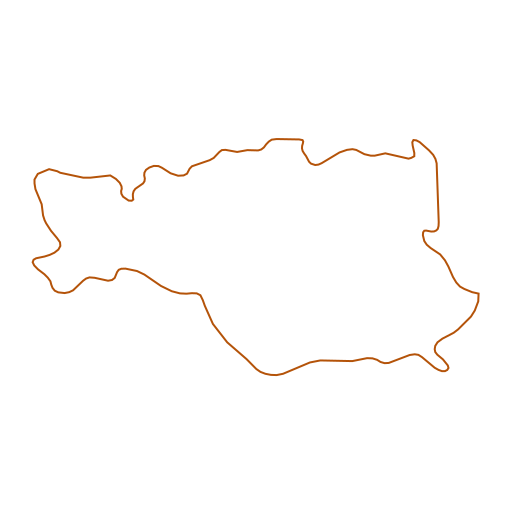 map outline of Neamt (Robinson projection), rotated 181°
{"feature_id": "ROU-309", "entity_name": "Neamt", "entity_type": "County", "adm_level": 1, "iso_a3": "ROU", "parent_name": "Romania", "parent_adm1": "", "projection": "robinson", "projection_center": [26.462, 46.963], "detail": "fine", "context": "isolated", "style": "outline", "palette": "amber", "viewbox_px": 512, "rotation_deg": 181, "n_neighbors": 0, "source": "natural_earth", "source_scale": "10m", "svg_char_len": 2537}
<svg xmlns="http://www.w3.org/2000/svg" viewBox="0 0 512 512"><g transform="rotate(181 256 256)"><path d="M86.4,284.4L88.2,284.2L89.3,282.6L89.5,279.7L88.0,273.9L85.5,270.3L81.5,267.0L71.9,260.8L67.0,255.0L63.5,248.9L58.7,238.5L55.3,233.0L51.5,229.0L47.2,226.7L39.2,223.6L32.8,222.3L33.0,214.5L36.3,205.3L40.0,199.2L52.7,186.1L57.0,182.7L68.2,176.6L73.0,172.9L75.2,169.3L75.7,166.0L75.1,163.1L73.0,160.5L67.3,155.9L62.3,149.9L61.6,147.4L62.8,145.4L65.0,144.2L68.0,144.1L71.5,145.3L75.4,147.4L88.3,157.8L91.9,160.0L95.6,160.5L100.6,159.7L121.4,151.4L125.6,151.1L129.6,152.2L133.1,154.3L137.8,155.7L143.2,155.8L157.9,152.6L189.9,152.7L200.2,150.5L226.9,138.7L233.3,137.3L239.0,137.4L244.6,138.4L249.5,140.2L253.7,143.0L263.6,152.7L283.3,169.2L297.9,187.3L306.3,205.3L308.4,210.9L310.9,215.8L314.6,217.6L319.5,217.7L324.8,217.1L331.4,217.3L339.6,219.3L350.5,224.4L367.3,235.5L374.7,238.9L386.3,241.1L390.4,240.9L393.0,239.8L394.6,237.5L396.9,231.6L399.5,229.5L403.5,228.7L417.0,231.4L422.1,231.7L425.5,230.5L428.5,228.2L438.3,218.5L442.1,216.6L446.7,215.6L453.1,216.2L456.6,217.8L458.9,220.6L460.2,223.8L461.1,227.1L463.8,230.7L467.3,234.1L473.8,238.9L477.6,242.7L479.2,245.9L478.3,248.4L475.8,249.9L467.4,251.8L462.3,253.5L457.6,255.8L453.7,259.0L451.8,262.6L452.2,266.3L455.3,270.5L461.4,277.6L466.4,285.0L468.0,288.1L469.6,292.8L471.2,304.0L477.7,319.0L478.7,324.6L478.8,328.6L475.6,334.3L464.4,339.2L456.2,337.3L453.2,335.8L430.1,331.3L423.2,331.4L403.1,334.0L397.4,330.6L393.5,326.8L391.7,323.3L391.4,320.8L392.0,318.6L391.7,315.9L390.0,313.0L384.3,309.2L381.2,309.1L379.7,310.3L380.1,312.9L380.2,315.7L379.5,318.6L377.8,321.1L370.2,326.6L368.8,328.8L368.5,331.6L369.2,334.6L369.0,337.4L367.5,340.2L364.2,342.6L359.7,344.3L355.1,344.2L351.6,342.6L342.8,337.2L335.3,334.9L329.8,335.3L326.4,337.1L323.9,342.1L321.6,344.6L304.0,351.0L300.0,353.3L294.5,359.3L292.0,361.3L288.4,361.6L276.7,359.7L266.5,361.7L255.7,361.6L252.6,362.6L250.0,364.7L247.8,367.8L245.2,370.6L242.3,372.6L237.4,373.3L214.8,373.3L211.5,372.7L210.8,371.3L211.1,369.4L211.8,366.9L211.9,364.4L211.2,361.8L209.6,359.3L207.7,356.8L204.6,351.2L202.6,349.3L198.4,348.0L195.1,348.5L191.9,350.0L174.3,361.0L166.9,363.7L161.4,364.5L157.6,363.8L149.4,359.7L142.9,358.3L139.0,358.4L128.5,360.9L105.2,356.0L102.5,356.8L99.5,358.5L99.5,361.7L101.3,369.2L101.7,372.5L100.6,374.7L97.7,374.4L94.3,372.7L84.8,364.6L80.6,360.2L78.3,356.2L77.0,351.8L73.9,293.0L74.0,289.2L74.7,286.3L76.2,284.7L78.3,283.7L81.2,283.5L86.4,284.4Z" fill="none" stroke="#b45309" stroke-width="2"/></g></svg>